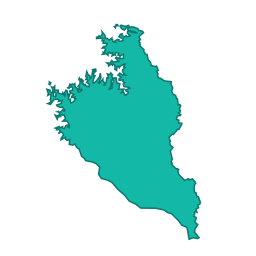 Guia Lopes da Laguna, Mato Grosso do Sul, Brazil, rotated 188°
{"feature_id": "56859067B83170351073830", "entity_name": "Guia Lopes da Laguna", "entity_type": "district", "adm_level": 2, "iso_a3": "BRA", "parent_name": "Brazil", "parent_adm1": "Mato Grosso do Sul", "projection": "albers", "projection_center": [-55.943, -21.55], "detail": "fine", "context": "isolated", "style": "filled", "palette": "teal", "viewbox_px": 256, "rotation_deg": 188, "n_neighbors": 0, "source": "geoboundaries", "source_scale": "gbopen_adm2", "svg_char_len": 6017}
<svg xmlns="http://www.w3.org/2000/svg" viewBox="0 0 256 256"><g transform="rotate(188 128 128)"><path d="M42.3,29.3L47.6,34.1L47.6,37.2L45.5,42.1L48.1,43.7L48.7,45.2L47.8,47.6L48.2,49.0L50.7,49.6L49.9,52.6L50.5,53.8L49.5,54.6L48.0,54.2L49.5,56.8L47.0,58.9L48.3,61.2L46.3,62.6L46.0,64.4L48.7,69.7L50.3,69.9L51.7,73.3L53.1,73.7L54.2,77.4L54.2,81.2L53.3,82.5L53.9,83.8L57.0,86.6L60.2,85.0L60.5,86.0L61.6,86.0L64.5,83.9L71.2,89.0L72.7,92.7L72.0,93.7L73.3,94.7L74.8,94.3L80.0,98.2L79.3,99.1L80.6,101.1L79.8,103.3L82.9,111.2L80.7,115.1L83.8,117.0L84.7,119.6L84.1,121.1L85.1,121.8L85.9,124.7L83.3,128.1L82.1,128.0L78.5,133.7L77.4,133.7L75.2,139.3L75.5,140.3L78.5,139.8L78.7,142.9L81.1,143.1L80.9,146.8L78.1,147.5L77.5,148.5L80.1,149.9L78.8,150.8L78.6,152.5L79.8,153.8L78.9,157.3L79.9,158.5L81.5,157.9L83.2,163.8L84.2,164.1L85.4,166.9L87.7,167.5L89.9,170.3L89.3,174.0L91.5,177.2L91.6,179.9L98.6,179.7L102.7,181.8L104.8,181.9L106.1,184.5L105.8,185.7L107.7,188.0L106.0,189.2L107.7,192.4L108.5,193.3L109.6,192.6L113.6,193.1L115.0,196.4L117.6,198.4L119.3,203.4L121.0,203.6L123.1,206.2L123.1,207.8L127.4,210.8L127.4,212.3L128.4,213.2L127.9,214.1L129.5,215.6L128.0,217.2L129.7,219.4L129.3,220.9L125.9,224.5L127.0,225.8L130.9,226.3L132.2,227.8L136.3,228.8L138.6,228.6L139.6,227.7L141.9,229.7L144.9,228.2L149.1,228.9L150.0,227.8L148.2,225.5L145.3,224.4L143.3,227.3L141.7,227.2L142.0,225.3L140.9,224.1L141.8,223.4L141.8,221.9L138.7,219.7L141.6,218.2L142.6,219.1L144.5,217.6L147.1,219.3L147.0,220.4L148.6,219.8L149.7,217.1L145.1,215.3L144.8,214.0L148.2,212.6L149.4,213.0L149.3,214.2L150.9,214.1L153.0,212.5L152.1,211.2L155.1,211.4L155.6,213.6L156.6,213.6L156.6,214.8L158.9,212.4L161.2,214.0L162.8,213.5L163.8,216.7L167.1,219.7L166.4,217.6L167.3,215.9L168.1,214.7L169.6,215.2L170.0,214.1L171.8,213.5L171.6,212.2L165.6,213.5L165.8,210.7L164.0,211.2L164.6,208.6L160.3,208.8L161.4,205.8L163.5,205.2L164.6,203.6L162.2,203.9L160.8,202.1L161.7,201.3L161.4,199.7L163.2,199.7L162.7,198.6L163.5,197.5L159.7,198.5L157.9,197.2L158.2,200.2L157.0,200.6L156.1,199.3L153.6,200.6L153.9,197.1L151.7,198.7L150.5,198.3L150.9,200.4L149.8,201.2L147.5,200.7L148.1,198.7L146.2,198.2L142.7,200.4L142.2,196.4L145.5,195.4L145.7,196.8L147.0,195.7L149.2,196.5L150.1,195.5L146.4,192.8L152.2,191.3L153.5,192.6L154.7,189.8L157.9,189.5L156.0,188.4L155.9,186.7L152.9,189.3L152.1,188.0L151.4,189.1L150.1,188.9L149.1,185.7L149.4,184.5L147.3,183.4L147.4,187.5L146.3,187.8L145.0,186.4L144.4,188.0L141.2,190.6L139.8,190.8L140.8,188.7L140.6,187.5L139.3,187.4L141.4,185.0L141.3,183.4L139.7,181.0L137.7,180.1L140.8,179.8L143.9,181.2L145.3,179.0L141.9,177.5L143.8,175.3L143.4,173.9L139.4,175.1L139.6,173.5L137.6,172.3L138.9,170.9L137.8,168.5L132.4,168.4L131.7,167.6L135.7,165.4L135.0,164.3L132.9,163.8L132.8,162.1L135.4,159.9L137.5,163.0L139.4,162.0L137.4,165.9L142.7,165.1L142.1,170.6L143.5,171.1L145.0,170.5L146.8,176.0L148.5,175.7L149.9,174.1L150.2,175.8L151.3,176.4L150.8,178.6L152.8,180.2L153.3,178.2L156.0,178.8L154.3,175.0L155.9,174.7L155.9,170.6L157.0,168.8L159.6,171.5L159.7,172.8L162.7,168.1L163.8,168.9L163.0,169.7L161.8,174.2L163.1,178.4L163.4,174.6L165.5,170.7L167.7,168.0L169.1,167.9L169.1,171.3L167.9,175.1L169.1,174.9L169.6,177.5L167.6,180.0L168.3,181.9L171.2,180.9L170.4,180.0L171.1,178.5L170.9,174.3L172.3,171.4L173.2,174.8L174.6,174.7L176.7,178.1L176.9,172.9L175.4,172.6L176.5,170.1L174.8,170.3L174.1,169.5L175.3,167.4L172.3,166.2L172.6,163.5L176.1,163.9L176.2,165.2L178.0,164.6L178.5,166.1L179.8,166.3L178.8,168.4L180.6,169.9L181.6,169.4L180.3,168.5L182.0,167.2L181.7,164.9L183.3,162.3L181.7,161.7L182.2,158.5L183.3,158.4L183.5,160.1L186.0,161.4L186.9,164.6L188.1,163.4L189.4,163.9L190.1,162.5L191.6,163.4L192.0,160.5L193.3,159.4L192.1,159.0L190.4,160.7L188.6,160.6L188.0,158.0L190.9,156.5L190.2,155.1L186.3,153.6L188.2,151.5L188.1,150.3L184.9,151.4L185.3,149.6L183.8,149.6L185.5,146.5L187.8,144.8L188.7,146.0L189.0,148.5L190.8,148.0L191.2,149.0L190.2,153.5L191.4,153.4L192.2,152.0L193.3,156.2L194.8,156.8L195.7,153.9L194.8,152.1L195.3,150.9L197.5,153.9L197.9,152.2L202.0,153.0L202.3,155.7L204.8,155.5L205.8,154.6L206.4,159.4L207.8,157.5L209.4,158.0L207.6,155.3L207.8,153.3L204.2,152.7L203.9,149.0L206.2,149.1L206.7,151.5L210.3,153.1L210.4,154.6L213.7,155.1L211.7,151.1L212.0,149.1L210.4,150.3L208.7,150.0L208.9,145.3L207.7,142.9L210.8,141.0L208.0,140.6L205.1,146.0L201.5,146.7L200.2,146.3L200.6,144.6L197.0,146.0L197.8,142.8L201.8,140.9L201.0,139.6L197.1,139.0L196.1,139.9L193.0,136.9L193.6,135.7L195.2,136.9L197.0,134.4L198.4,134.0L197.8,132.6L198.2,131.0L199.7,130.1L201.9,130.6L199.3,126.8L198.8,129.3L196.1,130.0L196.6,131.2L195.3,132.3L194.4,131.6L193.0,132.0L191.2,128.4L193.5,125.7L189.2,126.4L186.6,123.0L186.2,120.1L187.6,120.6L187.5,122.4L188.8,122.4L189.9,121.7L191.0,118.4L192.7,118.8L192.9,120.3L195.8,118.4L196.3,119.9L200.0,117.8L198.0,117.4L198.3,116.3L196.2,117.0L194.7,115.9L196.1,112.7L194.1,114.5L192.5,114.5L190.9,112.1L192.9,108.2L192.7,107.0L188.8,110.1L188.2,108.2L186.8,107.4L184.1,108.3L183.9,103.6L180.4,103.3L178.3,104.8L176.3,101.8L173.3,100.1L170.0,93.5L166.8,91.8L165.5,89.8L158.1,89.3L154.2,88.1L150.6,85.2L150.7,78.0L147.4,74.4L140.7,73.5L136.2,71.8L129.6,65.9L121.3,60.5L116.5,55.7L109.7,53.7L104.2,50.5L89.5,52.4L81.0,51.9L76.9,49.7L72.8,49.1L64.8,43.1L61.2,39.2L56.6,38.1L55.5,37.1L52.0,26.3L48.5,28.4L43.8,28.2L42.3,29.3ZM149.9,174.1L148.8,172.5L149.7,168.2L149.4,165.1L152.0,164.0L150.6,167.3L151.1,173.2L149.9,174.1ZM139.9,224.4L134.3,224.2L133.1,223.3L138.7,223.4L139.9,224.4ZM182.2,158.5L179.6,159.9L178.8,159.1L181.1,156.9L182.4,156.8L182.2,158.5ZM170.4,180.0L168.9,180.4L169.3,179.0L170.4,180.0ZM157.0,168.8L156.8,167.3L157.9,167.3L157.0,168.8ZM211.8,161.3L212.5,160.4L211.4,160.0L210.7,162.1L212.3,162.7L211.8,161.3ZM181.6,169.4L183.1,170.9L183.4,169.1L182.2,168.3L181.6,169.4ZM154.6,226.9L153.3,227.8L152.0,227.9L152.9,228.9L154.2,228.8L154.6,226.9ZM154.6,226.9L155.6,226.5L154.4,225.5L154.6,226.9ZM198.4,134.0L199.1,134.8L200.2,134.3L198.4,134.0Z" fill="#14b8a6" stroke="#0f766e" stroke-width="1.5"/></g></svg>